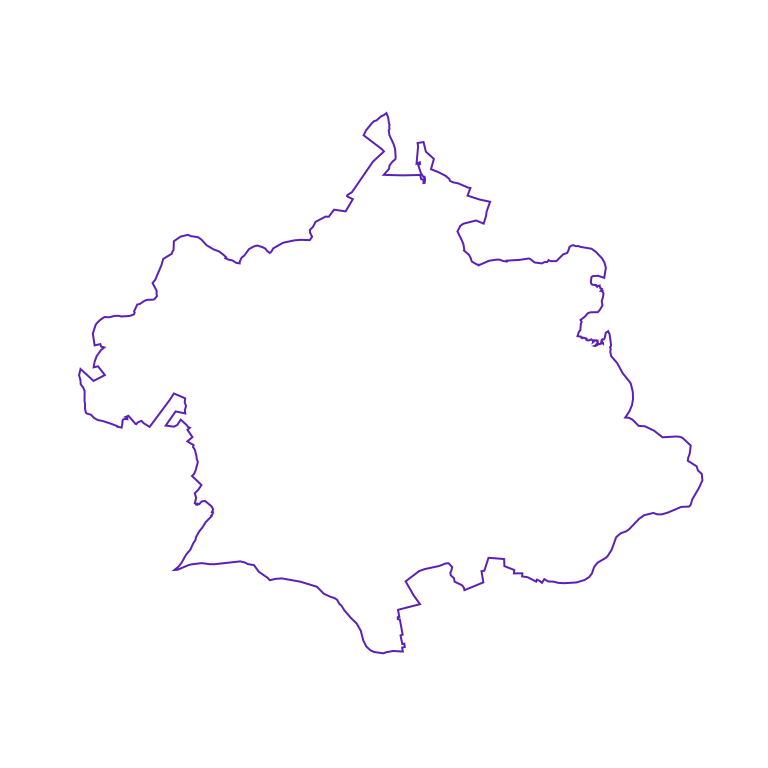 Cojocna, Cluj, Romania (Equal Earth projection), rotated 351°
{"feature_id": "2599482B9725035335069", "entity_name": "Cojocna", "entity_type": "district", "adm_level": 2, "iso_a3": "ROU", "parent_name": "Romania", "parent_adm1": "Cluj", "projection": "equal_earth", "projection_center": [23.848, 46.739], "detail": "fine", "context": "isolated", "style": "outline", "palette": "violet", "viewbox_px": 768, "rotation_deg": 351, "n_neighbors": 0, "source": "geoboundaries", "source_scale": "gbopen_adm2", "svg_char_len": 6138}
<svg xmlns="http://www.w3.org/2000/svg" viewBox="0 0 768 768"><g transform="rotate(351 384 384)"><path d="M666.3,552.8L668.0,551.3L670.5,546.1L678.7,536.1L683.4,529.0L683.8,522.5L680.5,518.5L680.0,514.3L672.0,507.3L672.9,504.5L675.1,500.5L677.3,492.7L670.3,483.8L667.9,482.4L663.8,481.5L650.7,480.2L643.4,472.3L635.1,466.6L629.0,465.2L623.8,458.0L620.3,455.6L617.0,454.9L622.1,449.4L625.6,443.7L627.6,437.8L628.5,430.7L627.8,422.2L627.3,420.9L621.4,410.6L617.6,399.8L612.8,392.2L612.5,387.6L613.4,384.9L613.0,383.0L614.1,382.1L614.4,380.6L614.6,370.3L613.6,366.9L611.1,368.1L609.2,373.1L608.0,374.4L606.8,374.0L605.8,374.7L606.1,375.9L605.6,376.6L606.8,377.6L606.7,378.4L605.9,377.5L605.3,377.8L605.0,376.9L604.5,378.2L602.0,378.3L598.7,379.6L598.0,379.3L599.7,379.0L599.6,378.1L601.7,377.3L601.7,374.9L601.0,375.3L600.6,374.1L597.8,373.6L598.2,374.7L596.9,375.4L597.4,374.2L595.7,372.3L593.1,373.0L591.7,372.6L590.7,371.9L591.2,371.1L590.9,370.7L588.4,369.5L587.0,369.8L586.2,369.2L586.4,368.2L582.6,367.0L584.5,363.2L586.4,361.4L587.9,355.1L589.0,353.6L588.1,351.5L593.3,348.7L596.3,346.0L599.2,345.5L606.4,346.5L608.7,344.6L612.1,340.6L612.0,336.2L613.8,332.7L615.0,328.7L614.1,326.7L614.4,326.1L612.7,325.9L614.1,324.2L612.6,323.1L612.7,322.2L611.9,321.2L612.2,320.5L610.1,320.7L609.7,321.3L609.1,320.7L609.1,319.5L605.2,318.5L604.3,317.0L604.3,315.3L605.7,310.7L607.3,310.1L612.4,310.6L618.1,313.6L621.3,304.0L620.7,298.3L618.9,293.8L613.9,286.6L610.2,282.9L599.2,279.2L597.5,278.1L595.1,277.9L592.7,276.5L590.6,276.7L588.5,277.8L587.4,280.4L585.4,283.2L581.0,284.1L573.5,289.6L567.8,288.7L566.0,287.4L564.3,289.1L561.5,288.7L558.8,289.6L551.7,287.5L548.1,283.5L546.7,282.7L537.2,282.6L524.9,281.4L525.2,281.9L524.7,282.3L521.0,281.2L517.4,279.2L515.1,278.8L507.1,278.7L496.3,281.5L496.4,281.0L494.9,280.8L490.3,277.2L489.7,276.2L489.4,273.5L488.2,269.8L483.9,264.7L484.3,264.4L484.3,258.6L483.5,254.7L480.4,244.8L484.2,239.7L487.4,238.1L500.5,236.9L507.5,241.2L511.1,234.0L512.3,229.8L517.3,220.6L507.1,216.7L496.0,211.0L500.0,203.9L497.8,203.2L488.6,197.4L483.5,195.5L481.0,193.7L480.5,191.7L477.7,188.3L471.1,183.4L464.0,179.2L468.5,169.5L461.7,161.1L460.9,151.2L454.9,151.2L454.8,154.8L450.6,171.5L454.0,170.6L453.9,172.5L452.1,173.1L453.4,181.5L455.4,185.7L456.4,185.7L456.6,187.7L455.7,191.7L454.4,191.7L455.1,188.1L452.8,187.6L452.4,183.2L435.3,180.9L416.5,177.4L422.6,172.3L423.7,168.9L427.4,165.5L430.3,163.9L431.0,161.9L431.7,153.5L430.9,148.0L428.3,139.2L428.3,134.2L429.3,133.2L429.5,130.2L430.1,128.5L429.7,127.6L429.8,121.5L428.8,116.8L426.4,118.2L422.8,119.3L417.8,122.5L415.3,122.8L412.7,124.6L405.9,130.7L402.8,135.2L418.5,151.6L420.3,154.3L407.8,162.7L382.5,189.4L377.4,191.7L376.9,192.7L377.4,193.2L382.1,196.6L373.1,207.5L361.9,204.0L355.6,210.2L352.5,209.5L341.8,213.1L338.3,217.8L334.9,220.2L334.6,222.8L336.0,227.3L333.2,230.3L324.4,228.6L318.0,228.1L306.4,228.7L295.8,232.7L293.4,235.7L291.7,236.7L289.3,234.2L288.0,231.8L285.3,229.7L280.4,227.4L276.7,227.8L271.7,229.7L266.3,235.1L263.0,237.1L260.6,240.6L260.3,242.3L256.9,241.2L253.7,238.3L250.0,236.9L247.0,234.9L247.9,234.1L245.5,231.1L241.7,227.2L236.6,224.3L230.3,219.0L226.2,212.7L223.1,209.8L216.5,207.8L213.7,206.0L206.1,206.6L198.8,210.1L197.1,218.7L195.9,219.9L194.7,222.2L185.5,225.9L182.9,231.6L174.4,245.2L171.2,248.1L174.0,256.2L173.4,259.8L173.6,261.5L170.6,264.3L168.8,264.6L163.4,263.8L160.3,264.4L155.5,266.7L152.8,266.9L148.5,273.2L148.9,274.5L147.8,276.2L143.1,277.0L135.0,276.2L132.9,275.2L128.7,274.6L122.7,275.1L118.6,274.1L114.2,276.0L109.6,279.2L108.4,280.6L104.3,288.6L104.2,300.6L110.0,300.2L110.5,302.9L113.4,304.1L109.7,306.3L104.6,311.5L101.7,316.6L99.8,322.1L104.3,321.8L109.7,331.5L97.6,335.5L86.6,321.7L84.2,327.6L84.8,332.9L84.4,336.9L86.3,340.3L87.2,344.2L85.5,354.3L85.7,356.7L84.8,361.5L85.1,365.8L86.2,366.9L89.7,368.4L92.3,372.2L95.6,374.8L100.5,376.6L108.1,380.5L113.8,383.8L113.7,384.3L114.5,384.7L118.0,386.0L119.7,381.3L119.7,380.0L120.6,378.4L122.4,377.9L125.0,378.7L125.2,376.8L123.8,376.1L126.6,375.4L132.4,384.6L133.1,384.9L134.5,383.6L138.6,382.4L140.8,385.4L145.8,389.7L169.6,366.5L175.0,360.5L185.4,367.1L184.3,370.8L185.0,374.8L183.2,378.7L183.1,382.0L173.9,378.5L161.9,390.9L169.9,393.3L173.3,392.2L177.7,387.4L182.6,393.6L183.9,396.1L185.3,396.9L182.7,398.5L186.5,406.5L180.8,409.9L186.4,414.6L185.5,416.3L186.9,419.4L187.5,425.7L187.3,428.2L187.9,432.0L184.3,440.1L182.2,443.2L180.0,444.8L187.9,455.2L184.1,459.3L180.0,462.3L180.7,467.1L178.5,472.1L179.4,472.5L179.4,473.5L180.5,474.1L181.3,473.1L182.2,473.9L182.8,473.7L185.5,471.5L188.9,471.5L194.6,477.9L195.6,481.2L194.0,483.6L195.1,484.0L194.0,486.0L192.7,487.0L193.0,487.6L186.2,492.6L182.0,497.5L178.5,500.6L174.4,505.8L173.4,508.5L170.5,511.7L166.8,517.4L162.0,521.4L156.0,529.0L152.4,532.3L147.9,534.9L150.9,535.2L163.1,532.2L165.8,532.0L175.9,532.4L183.7,534.7L188.8,535.5L214.3,536.7L218.7,538.6L221.4,540.6L227.2,542.5L231.0,549.9L238.8,557.3L240.5,559.9L246.6,559.5L252.6,560.0L270.3,566.1L286.1,573.8L291.6,581.6L297.6,585.7L301.8,587.8L304.0,589.9L305.4,593.9L307.5,596.7L309.5,601.5L314.8,610.0L319.5,616.2L322.5,624.2L323.4,634.0L325.5,640.5L329.0,645.0L332.4,647.2L341.2,649.9L344.8,649.2L351.6,649.2L360.7,651.2L360.7,647.2L363.4,647.0L363.4,643.6L361.4,643.7L361.1,637.9L361.0,634.9L363.2,634.5L362.8,619.1L360.9,618.4L361.1,616.5L362.7,616.5L362.5,609.2L385.1,607.1L380.3,597.6L374.5,582.3L389.4,574.3L395.0,573.2L410.1,572.4L416.5,570.9L419.7,571.1L422.7,575.5L421.2,579.2L420.0,580.6L420.0,583.4L422.7,586.7L422.8,590.3L429.5,594.9L431.0,597.6L431.2,600.2L451.1,595.5L451.0,584.1L453.9,584.1L460.0,572.1L461.0,572.2L475.3,575.7L474.4,582.7L483.6,588.1L482.7,591.4L491.0,592.6L490.3,595.6L495.6,597.3L503.4,603.0L504.4,601.2L507.1,603.0L508.9,605.1L511.8,601.8L515.2,604.7L520.5,605.7L525.0,607.7L530.7,608.9L542.8,610.1L551.3,609.0L556.3,606.9L559.7,603.7L562.9,597.6L566.9,593.9L575.7,590.5L577.8,589.1L582.9,583.4L589.2,571.9L590.4,570.9L594.6,568.4L600.1,567.4L603.3,565.9L614.8,557.1L620.4,554.3L629.9,553.5L633.5,555.5L637.8,556.2L643.8,555.5L658.3,551.9L666.3,552.8Z" fill="none" stroke="#5b21b6" stroke-width="2"/></g></svg>